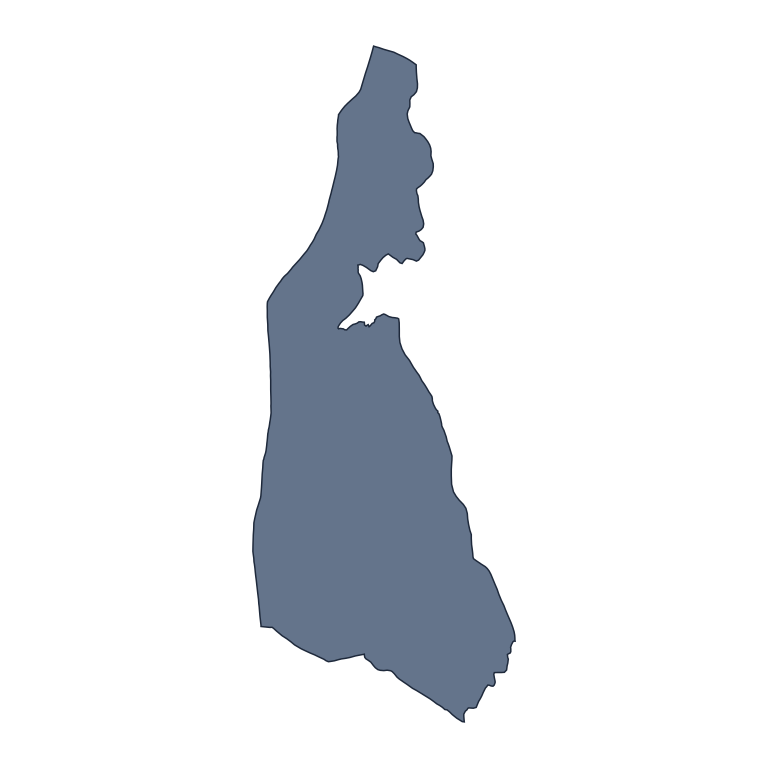 the district of Peam Chor, Prey Vêng, Cambodia
{"feature_id": "14789045B80161198747042", "entity_name": "Peam Chor", "entity_type": "district", "adm_level": 2, "iso_a3": "KHM", "parent_name": "Cambodia", "parent_adm1": "Prey Vêng", "projection": "equal_earth", "projection_center": [105.272, 11.043], "detail": "fine", "context": "isolated", "style": "filled", "palette": "slate", "viewbox_px": 768, "rotation_deg": 0, "n_neighbors": 0, "source": "geoboundaries", "source_scale": "gbopen_adm2", "svg_char_len": 6104}
<svg xmlns="http://www.w3.org/2000/svg" viewBox="0 0 768 768"><path d="M261.0,626.5L269.8,627.4L272.1,627.3L273.5,628.3L276.9,631.4L282.2,635.8L286.9,638.8L290.9,641.8L294.6,644.9L298.0,646.9L301.0,648.7L305.6,650.9L310.6,653.2L314.5,654.8L318.2,656.6L324.0,659.3L326.0,660.7L328.4,661.7L330.0,661.5L334.4,660.8L338.6,659.6L341.5,658.9L345.1,658.4L349.8,657.5L355.5,655.9L364.3,654.2L364.4,655.5L364.8,657.4L365.9,658.8L368.1,660.2L370.8,662.1L373.4,665.5L375.3,667.7L377.8,669.6L380.2,670.3L383.8,670.6L387.1,670.2L390.5,670.7L392.1,671.5L394.3,673.7L397.0,677.1L399.2,679.0L404.4,682.6L406.8,684.2L412.5,688.3L416.7,690.6L427.1,697.0L430.0,698.8L433.2,701.1L436.7,703.8L439.9,705.6L442.5,707.4L444.8,709.5L447.1,709.9L449.7,712.0L452.2,714.5L454.4,716.3L456.9,718.3L459.2,719.7L462.2,721.6L464.3,721.9L464.1,720.1L463.8,716.2L463.8,714.1L465.4,711.1L466.9,709.9L467.9,708.3L468.8,707.9L473.4,708.2L476.2,707.4L478.6,701.5L480.4,698.5L481.8,695.8L483.3,692.3L485.0,688.9L485.6,687.8L486.5,686.9L487.8,685.1L489.2,685.2L491.2,686.0L493.0,686.2L494.2,685.1L495.1,682.7L495.1,681.3L494.4,678.0L493.8,674.4L494.3,672.6L497.5,672.5L501.6,672.5L504.4,672.3L506.6,670.0L507.1,665.9L507.8,663.1L508.1,660.6L508.3,659.1L507.7,657.4L507.4,654.5L508.3,653.9L510.2,653.0L510.8,651.7L510.8,648.9L510.6,647.3L511.6,644.4L512.9,641.9L513.9,641.1L515.1,641.2L514.9,639.5L514.9,638.2L514.7,635.1L514.1,631.8L512.7,627.2L511.1,622.9L507.4,614.4L505.5,609.8L503.9,605.6L501.3,600.3L498.8,594.2L497.1,589.2L494.9,584.1L490.9,574.4L489.1,571.0L487.2,568.5L485.3,566.7L481.2,564.1L476.2,560.7L473.5,558.7L473.0,557.0L472.7,553.2L472.3,549.8L471.6,544.7L471.3,538.4L471.3,534.6L469.9,530.4L468.6,524.6L467.7,519.0L467.3,513.5L465.9,508.3L463.3,504.4L459.4,500.4L456.2,496.4L453.5,491.9L451.6,484.3L451.3,475.8L451.3,469.3L451.6,464.1L451.9,459.9L452.0,456.0L449.3,447.0L448.2,443.8L447.2,441.4L446.2,436.9L445.2,434.1L443.9,430.3L442.8,428.2L441.8,426.0L441.5,423.3L440.7,419.7L440.0,416.9L439.4,415.1L438.9,413.7L437.7,412.6L437.9,411.2L436.5,409.9L435.3,408.1L433.5,404.4L432.4,400.9L432.3,398.4L431.9,396.4L430.7,394.5L428.9,391.9L426.5,387.7L424.5,384.5L421.8,380.7L420.2,377.4L418.9,375.0L417.3,372.9L413.4,367.3L409.4,360.3L405.1,354.8L402.0,348.9L399.9,342.5L399.3,336.5L399.3,329.6L399.2,322.8L398.7,318.9L397.6,318.2L394.6,317.7L392.3,317.5L388.9,316.6L385.2,314.5L383.7,314.0L382.0,314.7L380.2,315.8L377.8,316.6L376.5,317.1L375.9,318.7L374.7,319.9L374.8,321.0L374.0,322.7L372.2,323.4L370.1,325.9L369.1,326.7L368.2,324.6L367.0,325.3L366.0,326.1L364.6,325.1L364.3,322.2L362.7,322.1L360.6,321.7L358.8,321.9L357.3,323.1L355.3,323.9L353.0,324.5L350.4,326.3L347.9,328.6L346.7,329.9L344.7,329.8L343.5,328.9L340.0,328.4L338.5,328.8L338.0,328.1L338.2,326.6L339.1,325.1L340.5,323.0L342.8,320.5L345.8,318.3L349.4,314.9L352.8,311.0L355.5,307.8L358.5,303.1L360.3,299.9L362.8,295.6L363.0,293.7L362.8,291.5L362.4,285.1L362.0,282.4L361.2,278.8L360.2,275.9L358.3,272.9L358.1,271.5L358.2,270.0L358.0,268.1L358.2,267.1L357.8,265.1L358.9,264.9L360.2,264.4L362.8,265.3L366.4,267.4L370.9,270.7L373.3,271.7L375.7,270.8L377.6,266.8L378.2,263.6L380.8,260.2L383.0,257.6L385.9,255.2L388.3,253.9L392.9,257.3L396.6,259.4L399.9,262.8L402.1,263.5L404.0,260.9L405.8,259.0L407.0,258.4L413.0,259.6L416.4,261.1L418.6,260.1L422.9,254.8L424.1,252.4L424.9,250.4L424.9,248.7L424.4,246.4L423.4,242.8L421.6,241.5L420.2,240.8L419.2,239.5L418.1,237.5L416.9,235.3L415.8,234.0L416.2,232.1L419.0,231.1L421.3,229.5L423.1,227.3L423.7,223.9L423.1,220.1L421.8,216.5L420.7,212.8L420.0,210.5L419.1,206.8L418.4,202.4L418.3,199.1L417.9,195.8L416.9,193.5L416.4,190.6L416.6,188.8L418.0,187.6L420.2,186.1L422.0,184.5L424.2,182.2L426.1,179.5L427.7,178.3L429.9,176.1L431.5,174.2L432.8,170.8L433.3,166.8L433.2,163.6L431.7,158.9L430.9,155.8L431.1,151.5L430.7,148.2L429.6,144.9L427.8,141.7L425.6,138.7L423.9,136.6L421.7,134.9L419.9,133.5L418.1,133.3L415.9,132.8L414.7,132.7L413.0,131.0L412.4,130.0L411.4,127.8L410.5,125.6L409.1,122.3L407.8,118.6L407.2,114.0L407.9,110.8L409.8,106.9L409.9,103.3L409.8,100.0L411.2,96.8L413.9,94.7L416.4,91.7L417.4,87.9L417.5,83.8L416.9,78.7L416.4,72.2L416.2,67.2L416.2,64.8L413.3,62.7L409.7,60.2L406.8,58.5L403.2,56.6L397.9,54.2L393.8,52.2L384.0,49.4L378.8,47.6L376.1,46.9L373.6,46.1L372.1,51.8L370.5,57.3L367.7,66.5L365.4,73.5L361.7,85.9L360.7,89.3L359.0,92.3L355.8,96.0L352.6,98.8L347.9,103.1L344.9,106.1L342.6,108.9L341.3,110.6L338.5,114.7L338.5,115.7L338.1,118.3L337.8,120.0L337.6,122.6L337.3,124.9L337.1,128.7L337.2,131.2L337.2,135.3L337.0,137.1L337.0,139.3L337.0,141.4L337.6,144.2L337.6,146.3L337.8,148.8L338.1,150.2L338.3,152.8L338.3,154.9L338.5,156.8L338.1,158.9L337.5,165.3L336.5,170.8L335.7,174.4L335.1,177.1L334.2,180.6L332.3,188.4L331.8,190.1L331.1,193.2L330.5,195.3L329.2,200.1L328.7,202.5L328.3,204.1L326.8,209.8L325.0,215.2L324.1,218.1L323.1,220.7L322.1,223.3L321.2,225.2L318.9,230.0L317.3,232.6L316.3,234.3L314.1,239.2L312.5,242.0L310.4,245.1L308.7,248.0L306.8,250.9L304.3,253.8L299.5,259.7L292.7,267.1L290.9,269.5L287.5,273.5L285.0,275.7L283.9,276.8L282.8,278.1L281.8,279.4L280.8,281.0L280.0,282.0L278.9,283.4L276.0,287.4L275.1,288.9L274.5,290.0L274.0,290.8L272.4,293.4L271.6,294.5L270.2,296.8L269.3,298.3L267.5,301.7L267.3,303.5L267.2,306.8L267.3,310.5L267.3,313.7L267.3,317.3L267.8,324.7L267.9,330.7L268.4,335.4L269.2,344.4L269.9,353.9L270.2,362.4L270.2,366.3L270.6,371.9L270.5,375.9L270.7,380.1L270.7,389.6L270.9,396.7L271.0,402.1L271.0,404.1L270.9,405.8L271.1,412.9L270.8,415.6L270.2,420.1L269.8,422.3L269.5,424.5L269.1,427.1L268.4,429.9L268.2,431.9L267.8,433.8L267.4,438.6L267.2,440.7L266.9,443.2L266.7,445.4L266.1,450.3L265.8,451.9L265.4,453.5L264.1,457.5L263.8,459.2L263.3,460.3L263.0,463.2L262.8,467.3L262.2,474.1L261.8,482.2L261.5,487.4L260.9,495.6L260.5,498.0L258.0,506.0L256.7,509.9L254.8,518.3L253.9,522.8L253.7,529.1L253.3,534.8L253.0,544.9L252.9,551.4L253.2,554.0L253.8,558.3L254.0,561.9L254.4,564.1L254.9,567.9L255.3,572.1L255.7,575.7L256.3,580.4L257.7,592.8L258.5,599.3L258.8,603.6L259.2,606.9L259.6,611.9L260.0,616.5L260.6,621.8L261.0,625.2L261.0,626.5Z" fill="#64748b" stroke="#1e293b" stroke-width="1.5"/></svg>